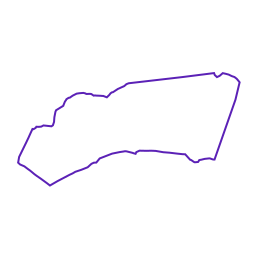 the district of Santiago Nundiche, Oaxaca, Mexico, rotated 189°
{"feature_id": "50627088B34131206486621", "entity_name": "Santiago Nundiche", "entity_type": "district", "adm_level": 2, "iso_a3": "MEX", "parent_name": "Mexico", "parent_adm1": "Oaxaca", "projection": "robinson", "projection_center": [-97.69, 17.338], "detail": "fine", "context": "isolated", "style": "outline", "palette": "violet", "viewbox_px": 256, "rotation_deg": 189, "n_neighbors": 0, "source": "geoboundaries", "source_scale": "gbopen_adm2", "svg_char_len": 1625}
<svg xmlns="http://www.w3.org/2000/svg" viewBox="0 0 256 256"><g transform="rotate(189 128 128)"><path d="M196.1,59.0L189.3,64.5L178.3,72.7L175.6,74.5L173.2,76.5L167.6,79.4L161.7,82.9L158.5,86.9L156.3,88.4L153.9,88.9L151.2,93.5L139.7,100.2L132.5,102.9L128.7,104.1L127.3,104.6L125.8,104.7L120.0,104.2L118.2,103.9L116.5,103.7L116.0,105.5L113.1,107.4L109.5,107.9L106.4,108.3L101.5,109.2L97.1,109.7L89.3,109.6L83.2,110.1L75.3,110.4L69.7,110.7L67.4,111.0L61.7,106.4L60.5,106.2L57.6,104.8L56.9,104.6L56.2,104.7L53.5,105.4L53.1,106.1L52.8,107.2L52.3,107.6L51.4,107.9L50.5,108.2L49.1,108.8L47.4,109.5L43.4,110.6L42.4,110.8L39.8,110.3L38.7,110.2L37.6,110.4L26.3,172.8L24.9,190.6L25.9,191.5L28.3,193.6L30.8,195.0L33.7,195.5L36.9,196.5L39.8,196.8L43.0,197.0L45.6,193.9L48.1,192.2L49.7,193.3L50.6,193.9L51.6,195.7L82.3,186.8L134.3,172.3L136.5,171.0L137.0,170.3L138.3,168.8L144.1,165.0L148.5,161.0L149.6,160.6L150.7,159.5L151.6,157.8L153.7,155.0L157.5,155.8L158.9,155.6L159.6,155.6L162.2,155.3L164.9,155.0L165.7,155.0L167.0,154.6L169.5,155.8L170.8,155.8L174.5,155.1L175.6,155.5L177.5,155.7L181.6,154.7L184.1,153.9L186.6,152.1L187.7,151.3L190.2,148.9L191.4,148.5L193.3,146.8L193.7,145.6L194.4,144.3L195.2,140.9L195.4,139.8L201.8,134.3L202.2,132.7L202.4,127.1L202.0,122.4L202.6,118.9L203.9,117.7L211.9,117.3L213.9,115.8L216.2,115.2L218.7,114.9L219.2,113.7L221.2,112.0L222.2,112.1L222.7,110.3L223.5,107.5L224.8,102.7L226.0,98.7L226.2,98.0L231.0,82.4L231.1,76.6L228.9,75.1L224.3,73.9L223.6,73.5L220.6,71.9L218.0,70.6L215.8,69.3L213.3,67.8L210.8,66.5L206.0,64.2L199.2,60.7L196.1,59.0Z" fill="none" stroke="#5b21b6" stroke-width="2"/></g></svg>